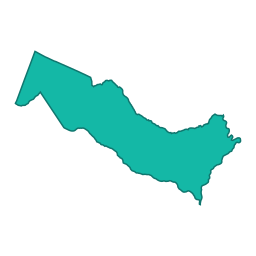 the district of Jateí, Mato Grosso do Sul, Brazil
{"feature_id": "56859067B80229786226061", "entity_name": "Jateí", "entity_type": "district", "adm_level": 2, "iso_a3": "BRA", "parent_name": "Brazil", "parent_adm1": "Mato Grosso do Sul", "projection": "natural_earth1", "projection_center": [-53.858, -22.712], "detail": "fine", "context": "isolated", "style": "filled", "palette": "teal", "viewbox_px": 256, "rotation_deg": 0, "n_neighbors": 0, "source": "geoboundaries", "source_scale": "gbopen_adm2", "svg_char_len": 5953}
<svg xmlns="http://www.w3.org/2000/svg" viewBox="0 0 256 256"><path d="M35.0,51.4L30.8,62.8L24.3,80.1L16.6,101.0L15.4,103.3L16.2,104.1L17.3,104.6L18.2,105.3L19.1,105.4L20.3,105.7L21.4,105.9L22.1,105.5L23.0,105.3L24.0,105.4L25.3,105.2L26.1,104.5L27.2,103.9L28.1,103.4L28.6,102.5L29.1,101.5L30.0,100.7L30.8,100.4L31.7,99.8L32.5,99.6L33.5,99.1L34.1,98.3L34.8,97.3L35.5,96.5L36.5,95.8L37.7,95.3L38.8,93.8L39.8,92.9L40.3,92.1L63.9,127.6L64.7,128.1L65.5,128.5L67.4,129.4L68.4,129.9L69.3,130.3L70.1,130.6L70.8,130.8L71.9,131.0L73.2,131.0L74.4,130.7L75.2,130.2L76.3,129.2L77.1,128.6L78.1,128.1L79.4,128.2L80.7,128.1L81.7,128.2L83.0,128.0L84.0,128.3L85.1,128.9L86.0,129.5L86.9,130.1L87.7,130.7L88.4,131.3L89.5,133.0L90.0,133.6L90.8,134.3L91.5,135.1L92.8,136.4L93.8,137.2L94.5,138.1L95.1,139.1L95.7,139.7L96.3,140.7L96.8,141.8L97.5,142.0L98.3,142.4L99.2,142.8L100.4,143.4L100.9,144.4L101.6,144.7L102.8,144.8L104.0,145.6L104.9,146.3L105.6,146.0L106.6,146.2L107.5,146.9L108.5,147.2L109.5,147.8L110.3,148.1L111.1,148.3L112.1,148.6L113.0,149.3L113.6,149.8L114.5,150.5L115.5,151.2L116.3,151.7L117.0,152.7L117.3,153.8L117.5,155.3L118.4,156.0L118.9,156.6L119.7,157.0L120.2,157.9L121.2,158.2L122.0,158.6L122.4,159.5L122.9,160.2L123.0,161.4L123.3,162.9L124.3,163.4L125.1,163.7L125.9,164.0L127.0,164.6L127.8,165.5L128.6,166.1L129.2,166.7L130.1,167.5L130.4,168.7L130.8,169.3L131.4,170.0L132.1,170.7L133.0,171.0L134.2,171.4L135.1,171.9L135.7,172.5L136.4,172.9L137.5,172.9L139.0,173.3L140.0,173.4L141.3,173.9L142.8,174.5L144.8,174.3L146.0,174.4L146.9,174.6L148.1,174.6L149.1,174.6L150.0,175.1L151.0,175.4L151.7,176.0L152.5,176.8L153.1,177.4L153.7,177.9L154.7,178.4L155.7,178.7L156.4,179.0L157.2,179.7L157.9,180.1L158.9,180.6L159.9,181.0L160.8,181.2L161.7,181.3L162.7,181.2L163.8,180.9L164.6,181.0L165.3,181.3L166.1,181.4L167.1,181.3L168.2,181.2L168.9,181.0L169.6,180.7L170.5,180.8L171.1,181.0L172.0,181.5L172.9,181.9L173.7,182.1L174.9,182.1L176.0,182.8L176.6,183.6L177.2,184.2L177.6,185.1L177.8,186.2L178.1,187.4L178.6,188.1L179.2,189.0L180.0,189.4L181.5,190.6L182.3,191.4L183.0,191.8L183.9,192.1L184.9,192.0L186.2,191.8L187.3,191.2L188.4,190.8L189.4,191.2L190.6,191.7L191.3,192.5L192.3,193.1L192.9,193.8L193.4,194.8L193.9,195.4L194.4,196.2L194.8,197.1L195.1,198.1L195.6,198.7L196.4,199.4L197.1,199.5L198.1,199.7L199.2,200.0L199.7,200.5L199.6,201.5L199.5,202.4L199.4,203.2L199.5,204.3L200.3,204.6L200.3,203.3L200.6,201.7L200.9,200.4L201.5,199.2L201.9,197.7L201.9,196.8L201.5,195.0L201.2,193.8L201.1,192.6L201.1,191.8L201.3,190.7L201.6,189.7L201.3,188.7L201.3,187.7L201.5,186.7L202.3,185.6L203.4,185.2L204.4,184.8L205.7,184.2L206.5,183.6L207.3,183.0L208.1,182.4L208.5,181.2L208.4,179.7L209.6,178.3L209.7,177.4L209.6,176.6L209.3,175.5L209.6,174.6L210.1,174.1L210.6,173.4L210.9,172.1L210.6,170.7L211.5,169.5L212.5,169.1L213.4,168.4L213.9,167.3L214.7,166.5L216.7,165.1L217.3,164.8L218.2,164.7L219.4,164.3L220.2,163.9L221.1,163.3L221.7,162.5L221.8,161.4L221.7,160.4L222.1,159.2L222.5,157.8L223.2,156.2L224.1,155.6L225.5,154.9L227.0,154.1L227.7,153.8L228.6,153.1L229.6,151.9L230.7,151.5L231.6,151.2L232.0,150.3L232.5,149.2L233.9,147.7L234.1,146.3L234.4,145.1L235.2,144.2L235.8,143.2L236.4,142.4L237.4,142.3L238.1,142.6L239.0,142.7L240.0,142.2L240.6,141.1L240.5,140.0L240.3,138.7L239.6,138.0L238.9,137.9L237.8,137.9L236.8,138.3L236.2,138.7L235.3,139.1L234.0,139.7L232.8,140.4L231.5,140.1L231.8,138.7L232.4,138.0L232.8,137.0L232.4,135.9L231.4,135.1L230.6,135.7L229.9,136.6L229.0,137.3L227.9,137.1L227.5,135.8L227.6,134.7L227.9,134.0L228.5,133.3L228.9,132.4L229.3,131.0L229.2,129.7L228.7,128.7L227.9,128.5L227.0,128.3L226.3,127.7L225.9,126.6L225.8,125.5L226.0,124.6L226.4,123.6L226.6,122.6L226.3,121.8L225.6,121.1L224.4,120.6L223.4,120.1L222.9,119.2L222.9,118.2L223.5,117.2L223.7,116.2L223.3,115.1L222.6,115.8L221.9,116.0L221.1,115.4L219.9,115.6L218.9,115.4L218.2,115.5L217.2,115.3L215.9,114.7L215.0,114.1L213.8,114.9L213.0,115.5L212.3,116.0L211.2,117.8L210.7,118.5L210.0,119.1L209.4,120.0L209.1,121.2L208.7,122.4L208.5,123.5L207.7,123.5L207.1,124.1L206.2,123.9L205.2,124.5L204.2,124.7L203.6,125.3L202.9,126.3L201.7,126.9L201.1,126.1L200.4,125.6L199.7,125.9L199.0,125.9L198.9,126.8L198.2,127.2L197.4,127.2L196.4,127.6L195.7,128.1L194.8,128.5L193.8,128.2L192.6,128.1L191.7,128.0L190.7,128.0L189.6,128.2L188.7,128.7L188.1,129.7L187.1,129.3L186.0,129.3L185.1,129.4L184.3,129.8L183.4,130.3L182.2,130.6L181.5,131.0L180.7,131.2L179.7,131.3L178.9,131.2L178.0,131.8L177.4,132.5L176.6,132.8L175.5,133.3L174.5,132.7L173.3,133.1L172.4,133.1L171.4,133.5L170.9,132.6L169.2,132.7L168.2,132.1L167.1,131.5L166.6,130.5L165.8,129.9L165.3,129.1L164.7,128.6L163.8,128.4L162.8,127.9L161.4,127.6L160.4,127.6L159.8,127.4L159.0,126.9L158.5,126.2L157.9,125.6L157.2,125.9L156.5,125.5L155.8,125.0L154.9,124.1L153.7,123.6L152.7,123.2L151.9,122.6L151.7,121.7L151.3,121.0L150.2,120.7L149.0,120.8L148.6,119.9L147.7,120.2L146.8,119.9L146.1,119.0L145.5,118.4L144.8,118.2L144.1,117.8L143.5,117.5L142.7,116.7L141.6,115.9L140.6,115.3L139.8,114.9L139.0,114.3L138.0,114.3L137.3,114.6L136.2,114.0L135.6,113.1L135.2,111.9L134.5,110.8L133.9,109.4L133.1,108.5L132.8,107.6L132.4,106.9L131.8,106.2L131.4,105.2L130.4,104.0L129.9,103.0L129.3,102.1L128.8,101.4L128.6,100.6L128.2,99.2L127.4,98.1L126.2,97.0L125.2,96.5L124.5,95.9L123.9,95.4L123.3,94.7L123.0,93.8L122.7,92.9L122.7,91.7L122.7,90.5L122.3,89.4L121.5,88.6L120.5,87.6L119.4,87.0L118.4,87.4L117.6,87.0L117.2,86.0L116.6,85.5L116.0,85.0L115.2,84.1L114.4,83.3L112.8,81.9L112.1,81.0L111.6,80.3L110.9,80.4L110.1,80.2L109.3,80.7L108.6,80.9L107.4,80.4L106.1,80.4L105.3,80.9L104.8,81.7L104.1,82.1L103.1,82.7L102.6,83.6L102.2,84.6L101.3,84.7L100.4,84.0L99.5,84.2L98.5,84.5L97.2,84.6L96.6,85.2L95.6,85.7L94.5,85.9L93.7,86.7L93.0,86.0L92.0,85.5L91.9,84.4L91.8,83.1L91.8,81.5L90.6,77.4L84.4,74.4L82.6,73.6L78.8,71.8L55.9,61.6L53.8,60.9L52.8,60.4L49.4,58.8L48.2,58.2L46.4,57.4L45.4,57.0L44.3,56.4L40.0,54.1L36.4,52.1L35.0,51.4Z" fill="#14b8a6" stroke="#0f766e" stroke-width="1.5"/></svg>